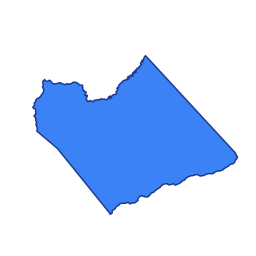 outline of Lagoa da Confusão, Tocantins, Brazil, rotated 240°
{"feature_id": "56859067B90547454880809", "entity_name": "Lagoa da Confusão", "entity_type": "district", "adm_level": 2, "iso_a3": "BRA", "parent_name": "Brazil", "parent_adm1": "Tocantins", "projection": "natural_earth1", "projection_center": [-49.967, -11.048], "detail": "fine", "context": "isolated", "style": "filled", "palette": "blue", "viewbox_px": 256, "rotation_deg": 240, "n_neighbors": 0, "source": "geoboundaries", "source_scale": "gbopen_adm2", "svg_char_len": 5853}
<svg xmlns="http://www.w3.org/2000/svg" viewBox="0 0 256 256"><g transform="rotate(240 128 128)"><path d="M170.9,47.5L146.2,56.4L145.1,56.7L83.1,66.5L62.6,69.7L62.3,69.5L62.1,70.9L62.3,71.6L62.9,72.2L63.4,72.3L63.7,72.6L64.0,72.9L64.3,73.5L64.5,74.4L64.4,75.4L64.5,76.2L64.8,77.0L65.4,77.7L65.7,78.5L65.8,79.4L65.6,80.4L65.8,81.5L66.1,82.1L66.4,82.9L66.5,83.6L66.1,84.4L65.8,84.8L65.3,85.9L65.2,86.4L64.4,87.5L63.9,88.8L63.8,90.5L63.5,91.0L63.0,91.3L61.7,91.5L61.1,92.2L61.2,93.9L61.0,94.3L60.7,94.6L60.3,95.3L59.8,96.6L60.0,97.2L59.9,97.9L60.2,100.3L60.5,100.6L61.6,101.1L62.0,101.5L62.7,103.1L62.7,104.3L62.7,104.9L62.6,105.8L62.0,106.4L61.3,107.0L60.9,107.5L60.3,107.9L59.9,108.4L59.2,109.4L58.8,109.9L58.5,110.5L58.5,111.2L58.8,112.0L59.0,113.5L59.8,115.1L60.0,116.2L59.5,118.1L60.0,119.4L60.2,120.5L60.4,121.1L60.2,121.7L60.3,122.4L60.6,123.2L60.6,123.8L60.4,124.6L60.5,125.5L60.7,126.4L61.2,127.2L61.5,130.3L61.5,130.9L61.1,131.6L61.0,132.5L60.8,132.9L60.5,133.5L60.1,133.9L58.8,134.7L58.5,135.0L58.2,135.3L57.9,135.9L57.6,137.0L57.2,138.9L57.1,139.3L56.6,139.8L55.3,140.0L54.8,141.0L54.7,142.4L54.4,143.5L54.4,144.7L54.4,145.7L54.5,146.8L55.0,148.9L54.7,150.8L54.7,151.3L55.0,152.1L55.7,153.1L55.7,153.6L55.6,155.3L55.5,157.0L55.0,159.1L54.9,159.5L54.2,160.6L54.0,161.7L54.0,162.5L53.6,163.7L52.5,165.1L51.5,165.8L50.7,166.2L50.2,166.6L50.0,167.4L48.9,170.1L48.9,170.9L49.0,172.2L48.2,174.9L47.8,175.7L46.4,177.9L46.1,178.3L46.0,179.7L46.2,180.4L46.3,181.5L46.3,182.6L46.2,183.5L45.1,185.5L44.8,186.2L44.7,187.8L44.4,189.2L44.4,190.0L44.7,190.8L44.8,191.8L44.8,195.8L45.0,196.4L45.3,197.8L45.2,199.1L45.0,200.2L44.6,200.7L44.6,201.4L44.8,202.7L45.5,203.8L46.3,204.6L46.7,206.1L47.2,207.2L47.8,207.9L48.6,208.3L49.7,208.3L50.4,208.2L50.7,208.4L51.3,208.2L52.3,208.5L53.5,208.3L54.2,208.3L54.8,208.0L181.1,179.5L181.8,179.2L181.6,178.4L181.3,177.7L181.0,177.3L179.2,175.1L179.6,174.6L179.6,174.0L179.1,173.6L178.6,173.6L178.2,174.0L177.9,174.1L177.6,173.8L177.9,173.3L178.3,172.9L178.5,172.5L178.2,171.9L177.9,171.4L177.6,171.1L177.1,171.1L176.4,171.5L176.2,170.6L175.7,169.4L175.5,168.8L175.5,168.1L174.8,168.1L174.4,167.6L174.7,166.5L175.0,166.2L175.2,165.7L174.0,164.6L174.0,164.1L174.4,163.6L173.9,163.2L173.5,163.4L173.5,162.9L173.8,162.5L173.9,162.0L173.7,161.5L173.3,161.6L172.9,161.8L172.8,162.4L172.8,163.0L172.4,163.1L172.3,162.4L172.5,161.8L172.8,161.2L173.2,160.9L173.3,160.5L173.0,160.1L173.3,159.6L172.7,159.1L171.9,158.4L170.9,158.3L171.7,157.6L172.2,157.3L172.4,157.0L171.9,156.8L171.3,156.7L171.0,156.6L171.2,156.2L171.7,155.9L172.1,155.4L172.2,154.8L171.9,154.5L171.4,154.7L171.0,154.6L171.1,154.2L172.1,154.1L172.5,153.9L172.3,153.5L171.8,153.3L171.6,152.6L171.0,152.1L170.5,151.8L170.1,152.4L170.0,151.9L170.2,151.5L170.5,151.0L170.9,150.6L170.6,150.1L170.6,149.6L171.0,149.2L171.1,148.2L171.4,147.7L171.2,147.2L170.3,145.7L170.3,145.2L170.7,145.1L170.5,144.6L170.4,143.9L170.2,143.2L169.9,142.6L169.9,142.1L169.7,141.5L169.2,141.2L169.0,140.7L168.7,140.4L168.3,140.4L168.2,140.0L168.2,138.8L168.1,138.4L167.8,138.2L167.1,138.9L166.8,138.6L166.5,138.2L166.0,137.9L165.8,137.2L165.8,136.4L165.4,135.9L164.8,135.6L163.6,135.3L163.3,135.0L163.2,134.5L163.5,134.0L163.7,133.5L163.7,132.9L163.8,132.3L164.1,132.1L164.1,131.7L163.8,130.2L163.5,129.5L162.7,128.5L162.4,128.0L162.4,127.3L162.8,127.1L163.3,127.5L163.9,127.5L163.9,128.2L164.5,128.5L164.7,128.0L164.7,127.5L164.5,127.0L164.0,126.1L163.2,125.1L163.0,124.7L163.0,124.2L163.4,123.8L163.6,123.3L163.7,122.5L164.1,122.3L164.7,122.2L165.1,121.6L165.3,120.5L166.2,120.1L166.5,119.6L166.7,119.0L166.8,118.3L166.5,117.6L166.7,117.1L167.1,116.9L167.5,116.3L167.6,115.6L167.9,115.3L168.3,113.6L168.8,113.2L168.6,112.2L168.1,111.8L168.2,111.4L168.5,110.8L169.0,110.5L169.5,110.2L169.8,109.5L170.1,109.2L170.6,108.9L170.9,108.6L170.9,108.0L170.5,107.2L170.8,106.6L171.3,106.1L171.8,106.3L172.8,106.3L173.4,106.4L174.1,106.5L174.9,106.8L175.3,108.0L176.5,109.0L176.7,108.3L177.4,108.1L177.3,107.6L177.6,107.1L178.1,107.3L178.5,107.5L178.7,108.0L178.9,108.4L179.3,108.7L179.6,109.2L179.9,109.7L180.3,109.5L180.6,108.5L182.0,108.9L182.3,108.4L182.9,108.4L183.3,108.0L183.8,108.1L184.1,108.4L184.6,108.5L185.0,108.7L185.4,109.0L185.8,109.2L186.2,108.9L187.1,109.6L187.5,109.9L188.1,109.7L188.3,109.3L188.9,108.3L189.2,107.6L190.3,107.2L191.1,107.3L192.0,106.7L193.6,105.7L194.5,104.4L194.9,103.7L195.0,103.2L194.8,101.0L194.8,100.5L195.1,99.9L195.5,99.4L195.7,98.9L195.6,98.3L196.3,97.4L196.8,97.4L197.1,97.0L196.8,96.4L196.9,95.5L197.2,95.0L197.6,94.8L198.3,93.9L199.1,93.3L199.7,92.5L200.3,92.6L200.9,92.2L201.2,91.8L201.6,91.0L201.6,90.1L202.0,89.2L202.0,88.5L202.1,88.1L202.3,87.5L203.0,86.5L203.3,86.0L203.7,85.3L205.0,84.8L206.6,84.5L207.2,84.6L207.6,84.5L208.0,84.3L208.4,84.0L208.7,83.6L208.5,82.3L208.7,81.6L209.0,81.2L209.5,80.7L210.0,80.6L211.0,80.0L211.6,79.9L211.2,78.4L210.8,77.4L210.3,77.5L210.0,77.3L209.3,76.5L207.8,76.3L207.4,75.9L206.9,75.2L206.5,74.7L205.9,74.4L205.4,74.3L204.9,74.5L204.2,74.3L203.1,74.3L202.6,73.7L201.8,72.9L201.0,72.4L200.7,71.2L200.5,70.9L200.1,70.2L200.0,69.5L199.7,69.2L199.2,68.2L199.0,67.4L198.7,66.9L198.8,66.2L198.8,65.2L198.7,64.4L198.9,63.9L198.9,63.4L198.0,61.9L197.6,61.4L197.1,61.2L196.9,60.8L196.4,59.4L195.9,59.0L195.4,58.8L194.9,58.8L194.5,58.4L194.1,57.7L194.0,56.7L193.6,56.1L192.2,56.0L191.4,56.9L190.5,57.2L189.3,56.8L188.9,56.5L188.4,56.1L187.7,56.0L187.0,55.4L186.6,55.6L186.1,55.2L185.8,54.7L185.8,54.3L186.0,53.8L185.8,53.3L185.4,52.7L184.5,52.6L183.5,53.1L183.0,53.1L182.5,53.0L181.9,52.4L181.5,52.5L181.2,52.3L180.8,52.0L180.3,51.7L179.8,51.7L179.3,51.9L178.8,51.9L178.3,51.5L178.0,51.0L177.5,50.8L177.3,50.1L176.8,49.9L176.2,50.2L175.8,49.9L175.2,49.7L174.8,49.5L174.4,49.7L173.4,49.6L170.9,47.5ZM173.0,160.1L172.4,160.2L172.2,159.7L172.6,159.7L173.0,160.1Z" fill="#3b82f6" stroke="#1e3a8a" stroke-width="1.5"/></g></svg>